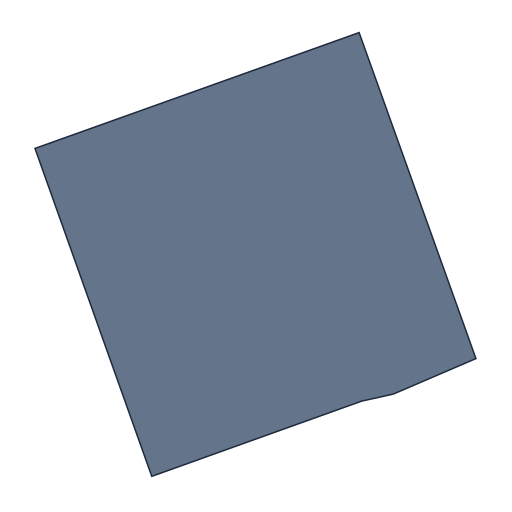 Scurry, Texas, United States of America (orthographic projection), rotated 160°
{"feature_id": "52423323B97167662457996", "entity_name": "Scurry", "entity_type": "district", "adm_level": 2, "iso_a3": "USA", "parent_name": "United States of America", "parent_adm1": "Texas", "projection": "orthographic", "projection_center": [-100.907, 32.748], "detail": "fine", "context": "isolated", "style": "filled", "palette": "slate", "viewbox_px": 512, "rotation_deg": 160, "n_neighbors": 0, "source": "geoboundaries", "source_scale": "gbopen_adm2", "svg_char_len": 248}
<svg xmlns="http://www.w3.org/2000/svg" viewBox="0 0 512 512"><g transform="rotate(160 256 256)"><path d="M429.3,84.6L206.5,83.5L174.2,79.3L84.4,84.4L82.7,430.7L426.9,432.7L429.3,84.6Z" fill="#64748b" stroke="#1e293b" stroke-width="1.5"/></g></svg>